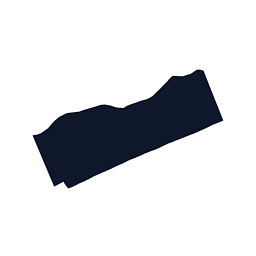 Balneário Gaivota, Santa Catarina, Brazil, rotated 28°
{"feature_id": "56859067B14282985236519", "entity_name": "Balneário Gaivota", "entity_type": "district", "adm_level": 2, "iso_a3": "BRA", "parent_name": "Brazil", "parent_adm1": "Santa Catarina", "projection": "mercator", "projection_center": [-49.608, -29.151], "detail": "fine", "context": "isolated", "style": "filled", "palette": "ink", "viewbox_px": 256, "rotation_deg": 28, "n_neighbors": 0, "source": "geoboundaries", "source_scale": "gbopen_adm2", "svg_char_len": 1353}
<svg xmlns="http://www.w3.org/2000/svg" viewBox="0 0 256 256"><g transform="rotate(28 128 128)"><path d="M167.5,42.7L164.7,43.3L162.1,44.6L159.6,49.3L158.3,51.6L155.4,54.2L153.0,57.0L148.0,59.5L143.6,61.4L142.2,65.3L141.6,68.3L140.5,72.1L139.6,74.8L138.6,78.7L137.5,82.0L136.6,84.9L135.5,88.3L133.7,91.5L131.6,94.4L129.0,96.7L126.5,99.1L124.4,101.5L121.9,104.2L119.4,106.9L117.3,109.4L115.2,113.0L112.4,114.3L109.8,115.6L106.7,116.4L102.3,117.1L96.7,118.9L93.4,121.1L89.3,125.3L81.1,133.3L77.8,137.0L73.6,139.9L67.8,143.9L64.2,148.7L62.4,151.5L60.6,156.3L59.8,158.9L58.2,166.1L54.2,173.9L51.6,176.9L48.4,179.3L64.8,192.7L82.6,207.2L85.8,209.8L90.2,213.3L96.1,204.5L98.2,206.1L103.4,208.6L105.7,206.0L108.1,202.8L109.8,200.1L111.7,197.8L113.7,195.3L116.5,191.4L118.4,188.6L120.4,185.6L122.5,183.1L124.0,181.2L125.6,178.9L127.5,176.8L129.2,174.5L130.8,172.6L133.0,169.5L135.4,166.2L137.2,164.0L138.9,162.0L140.5,159.8L142.8,156.4L145.5,153.1L147.6,150.7L149.8,147.9L152.1,145.2L154.4,142.0L156.6,139.5L158.3,137.4L160.9,134.6L163.7,131.3L165.6,128.6L168.1,125.2L170.6,121.9L173.6,118.6L175.8,115.8L177.9,113.6L179.7,111.4L181.7,109.0L183.9,106.5L185.9,104.0L187.7,102.1L189.8,99.5L192.4,96.2L196.0,91.6L198.4,88.2L200.3,85.4L202.6,82.7L205.0,80.0L207.6,76.8L197.5,68.2L184.7,57.4L167.5,42.7Z" fill="#0f172a" stroke="#020617" stroke-width="1.5"/></g></svg>